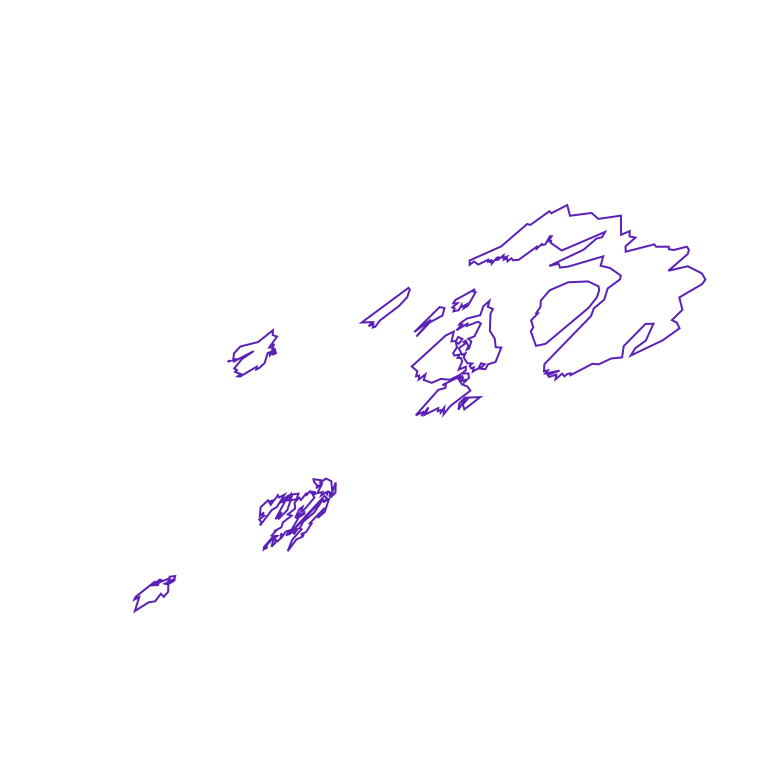 outline of Lurøy nor, Norway, rotated 329°
{"feature_id": "86288312B55953165899475", "entity_name": "Lurøy nor", "entity_type": "district", "adm_level": 2, "iso_a3": "NOR", "parent_name": "Norway", "parent_adm1": "", "projection": "equal_earth", "projection_center": [12.805, 66.444], "detail": "fine", "context": "isolated", "style": "outline", "palette": "violet", "viewbox_px": 768, "rotation_deg": 329, "n_neighbors": 0, "source": "geoboundaries", "source_scale": "gbopen_adm2", "svg_char_len": 6144}
<svg xmlns="http://www.w3.org/2000/svg" viewBox="0 0 768 768"><g transform="rotate(329 384 384)"><path d="M518.8,325.9L524.3,325.4L526.3,330.2L537.3,331.1L536.2,332.7L540.4,333.1L536.7,334.1L539.8,334.3L538.5,336.3L545.6,333.9L548.3,334.5L543.9,335.2L545.6,336.3L552.8,335.2L551.0,337.5L554.7,338.1L551.8,339.3L554.1,339.6L553.1,342.4L558.0,341.9L558.3,344.4L563.5,346.9L585.6,345.0L584.5,346.7L591.4,345.3L591.4,346.4L594.1,347.4L602.3,342.8L603.8,343.7L598.1,346.3L601.0,347.3L599.6,348.9L605.1,361.1L651.8,367.5L646.6,370.5L640.9,368.8L624.2,371.7L586.4,367.9L595.6,370.8L594.9,374.9L602.2,378.2L637.7,387.5L630.6,394.2L637.5,401.0L642.8,413.0L640.1,415.9L625.0,417.3L616.2,425.1L602.7,427.3L596.4,432.4L531.7,449.6L527.6,455.6L531.4,456.7L527.8,458.1L541.4,463.0L529.0,460.5L529.1,462.9L536.5,464.7L533.4,468.3L542.1,466.9L542.6,470.4L546.2,469.8L549.5,471.0L548.5,472.5L573.0,474.0L578.2,477.7L592.0,479.2L601.8,483.8L609.0,475.0L639.1,467.2L646.0,471.1L630.7,481.7L617.8,482.7L610.2,486.7L645.4,490.1L666.0,488.5L666.6,482.1L663.7,477.5L678.0,474.1L681.7,461.9L708.1,462.2L713.3,460.0L713.4,452.8L705.0,439.5L686.1,433.4L711.3,429.0L714.5,426.0L714.3,422.3L701.3,418.3L697.6,415.2L698.8,413.0L688.0,406.5L687.6,403.5L659.3,395.1L661.9,390.4L674.9,388.0L670.5,383.9L673.4,379.5L664.1,378.2L673.8,361.7L652.8,352.9L650.0,344.3L630.1,335.6L633.2,325.0L615.4,323.8L614.7,321.1L591.4,323.0L589.1,320.6L555.4,326.4L521.0,322.2L518.8,325.9ZM594.3,391.7L574.3,389.0L561.4,393.2L557.8,398.5L551.0,401.6L552.4,402.7L542.9,405.2L541.0,412.5L537.0,414.4L533.9,429.6L543.2,432.8L598.5,424.1L611.2,419.3L616.8,414.4L618.2,410.7L611.8,401.2L594.3,391.7ZM462.0,374.2L416.8,383.3L419.1,390.3L415.4,393.9L418.4,394.8L416.0,398.1L424.5,397.0L420.2,401.0L425.5,407.6L435.3,408.9L442.7,414.3L454.0,415.3L451.3,417.3L454.4,417.5L451.9,419.5L454.1,418.5L455.0,419.1L451.9,421.4L455.2,422.1L453.6,423.9L460.1,422.4L461.8,418.4L456.0,415.0L461.2,414.4L463.0,411.3L455.4,410.2L462.7,405.0L463.3,401.3L460.5,399.5L463.9,397.7L458.9,395.8L459.1,393.2L465.3,390.2L467.3,385.0L468.9,388.0L474.4,385.9L471.9,381.9L467.7,384.2L463.8,382.2L470.9,375.0L462.0,374.2ZM512.7,371.3L517.1,367.1L509.2,368.5L502.0,374.6L488.7,370.6L480.8,371.2L479.1,371.8L481.4,373.1L473.8,375.3L486.4,375.2L484.9,376.9L496.6,379.0L498.2,382.0L486.2,389.7L479.5,388.7L480.7,392.5L475.3,397.3L472.7,397.2L475.8,395.0L476.4,388.9L473.8,389.1L474.8,391.2L466.5,391.9L466.0,399.2L469.6,399.7L466.0,402.2L466.1,409.1L470.1,411.9L466.8,412.6L466.8,415.6L469.5,416.0L466.5,419.1L473.5,419.1L477.7,416.2L480.5,418.9L474.2,420.3L478.5,423.5L483.3,420.7L490.9,422.6L503.3,413.2L498.7,410.0L502.3,402.1L502.1,392.9L511.6,378.5L516.0,375.8L512.7,371.3ZM265.8,287.3L289.3,288.7L274.8,289.5L263.6,293.5L265.2,296.3L262.6,296.9L266.4,301.8L262.6,302.1L264.5,303.5L283.8,303.6L282.0,305.8L285.5,306.0L292.5,304.5L300.3,297.5L304.8,298.5L301.7,299.0L301.0,300.7L306.0,298.8L306.6,300.5L303.3,301.6L307.3,301.9L308.6,296.8L307.9,298.3L304.7,298.2L310.5,292.9L306.7,295.1L304.4,293.6L316.7,288.3L313.8,284.7L316.5,280.7L297.7,283.2L280.3,277.9L271.3,280.4L267.6,285.1L270.1,286.7L265.8,287.3ZM450.5,416.4L433.5,415.0L436.7,416.3L434.7,419.0L427.5,417.0L395.1,427.2L402.7,428.1L399.8,431.0L410.1,426.9L403.7,431.4L418.1,432.6L416.2,435.0L418.9,435.5L417.8,437.7L423.5,435.2L419.3,440.8L429.6,437.0L454.6,434.2L454.2,429.0L450.6,424.5L450.5,416.4ZM262.0,437.4L253.0,440.6L252.8,437.8L246.3,439.6L243.7,445.0L234.4,446.3L237.0,449.3L226.2,450.5L222.1,454.0L213.7,453.6L215.5,454.3L209.5,456.1L210.9,457.6L197.2,461.9L196.1,463.4L196.9,463.1L198.7,463.2L196.1,463.8L199.2,464.1L199.9,461.9L212.3,458.0L214.2,459.3L209.8,459.6L203.7,465.6L209.3,464.0L210.8,460.9L211.5,464.0L215.8,463.1L219.3,458.9L218.2,462.5L223.5,459.9L227.7,460.8L222.0,463.6L227.2,462.7L242.3,454.4L249.8,454.2L248.2,454.1L250.5,452.4L242.9,454.0L245.6,451.3L240.1,453.7L239.5,452.7L247.0,447.7L250.9,447.4L247.3,450.6L251.6,450.4L265.7,445.6L265.9,442.7L268.1,442.7L264.8,439.4L269.8,441.9L265.1,437.7L259.5,439.7L262.0,437.4ZM86.3,435.3L61.5,438.5L59.0,440.2L64.5,440.5L53.5,450.3L69.6,449.9L75.9,452.4L84.7,448.9L85.7,453.0L92.0,450.9L96.1,444.4L102.1,444.6L104.3,444.0L95.3,444.3L93.3,442.3L104.0,443.2L106.1,441.1L101.0,438.8L99.0,442.4L97.4,442.1L99.6,440.0L90.1,438.5L93.1,437.2L89.0,438.1L86.7,439.9L83.7,438.3L87.1,437.8L83.3,438.0L92.0,436.1L80.2,437.2L86.3,435.3ZM396.5,319.8L406.0,325.0L400.6,326.6L405.8,327.1L403.5,329.8L406.0,330.4L413.3,327.4L437.0,324.9L448.6,321.5L454.8,316.3L454.5,314.2L396.5,319.8ZM275.3,449.3L224.3,464.1L231.5,463.7L229.3,466.4L235.2,463.9L231.8,463.5L234.6,461.6L272.8,451.2L258.0,458.2L243.7,460.5L237.5,464.3L238.5,466.0L225.2,470.2L215.3,477.7L228.9,472.1L235.6,472.9L238.1,471.4L235.6,471.9L236.2,470.0L240.7,470.8L250.0,466.4L248.5,465.2L269.4,459.6L258.2,464.7L267.3,463.1L277.7,454.2L270.9,454.1L276.2,452.5L275.3,449.3ZM224.7,424.0L214.8,426.1L209.5,433.3L214.9,432.1L212.4,433.8L213.6,435.2L207.3,436.0L207.6,439.5L204.9,441.4L223.0,434.2L228.7,434.3L241.8,427.6L235.6,427.3L235.8,424.6L230.3,427.0L225.7,425.8L227.9,427.8L224.7,429.2L224.7,424.0ZM280.6,434.2L274.5,429.3L273.6,432.4L274.7,436.8L273.0,437.2L274.5,437.4L272.2,438.6L280.4,437.1L270.8,443.2L275.7,444.9L272.7,447.2L278.6,446.9L278.4,449.2L280.8,447.3L281.9,449.3L279.1,452.6L283.6,450.3L283.8,451.4L279.6,453.8L286.5,452.0L292.0,443.4L283.9,450.2L288.8,440.2L285.5,435.1L277.7,436.0L280.6,434.2ZM510.9,349.6L488.3,348.8L484.9,350.5L488.6,352.6L482.1,353.5L483.5,355.5L481.0,357.5L486.0,359.2L491.5,356.0L490.8,358.2L495.2,358.2L491.8,360.2L496.3,360.1L509.8,352.5L507.9,350.3L510.9,349.6ZM471.4,346.7L436.7,355.1L457.3,353.0L436.2,360.0L454.8,354.8L469.4,355.4L474.9,350.1L471.4,346.7ZM246.9,430.6L241.9,432.2L242.8,435.0L239.1,432.8L242.5,430.6L238.1,430.9L235.8,432.7L239.2,433.4L221.2,444.0L230.2,441.0L223.5,445.5L236.0,442.4L244.0,435.6L249.7,437.7L254.2,433.9L248.7,431.5L245.4,434.1L243.7,434.3L246.9,430.6ZM446.3,437.4L438.6,439.4L434.6,444.4L444.7,439.1L447.4,440.1L441.0,442.2L439.8,447.1L459.7,444.8L446.3,437.4ZM263.1,284.2L261.5,284.6L264.1,285.0L263.1,284.2Z" fill="none" stroke="#5b21b6" stroke-width="2"/></g></svg>